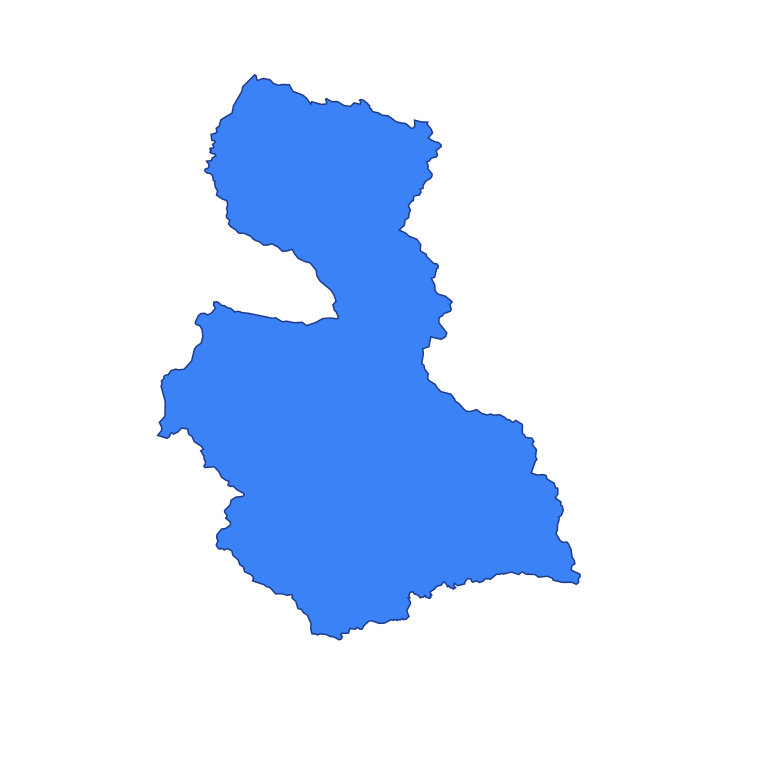 Betong, Yala, Thailand (Natural Earth projection), rotated 293°
{"feature_id": "78962969B29440700427684", "entity_name": "Betong", "entity_type": "district", "adm_level": 2, "iso_a3": "THA", "parent_name": "Thailand", "parent_adm1": "Yala", "projection": "natural_earth1", "projection_center": [101.211, 5.836], "detail": "fine", "context": "isolated", "style": "filled", "palette": "blue", "viewbox_px": 768, "rotation_deg": 293, "n_neighbors": 0, "source": "geoboundaries", "source_scale": "gbopen_adm2", "svg_char_len": 6171}
<svg xmlns="http://www.w3.org/2000/svg" viewBox="0 0 768 768"><g transform="rotate(293 384 384)"><path d="M618.1,144.1L602.2,137.8L597.9,138.8L581.3,136.7L574.1,138.3L563.5,130.6L556.8,131.5L553.8,129.6L550.7,131.7L548.4,130.3L546.3,127.3L541.2,130.1L541.5,133.4L540.8,134.2L537.5,132.5L535.7,134.8L534.8,134.7L532.9,131.7L531.8,132.2L531.4,133.8L529.4,133.1L528.8,134.7L529.5,138.5L528.4,140.1L524.8,137.5L522.0,137.8L519.8,133.6L517.8,136.9L515.5,138.0L513.9,137.6L511.9,135.4L510.1,135.7L509.0,138.9L510.0,142.2L508.5,144.9L504.6,147.4L504.7,149.4L503.1,149.4L499.3,151.8L496.6,155.4L492.4,156.0L491.1,162.9L491.4,168.0L487.2,170.2L484.2,170.4L480.9,172.9L477.1,173.1L475.2,175.0L474.6,178.0L470.7,178.3L469.0,180.9L467.9,187.5L466.1,191.3L468.1,196.6L467.8,203.9L466.0,207.6L466.2,213.5L464.9,218.9L466.1,222.0L469.2,226.0L468.7,232.9L466.5,238.5L468.1,242.0L472.1,247.0L468.8,250.9L466.1,256.2L465.8,263.3L466.6,268.7L462.2,277.0L457.2,280.2L453.9,284.6L449.8,298.1L446.8,302.7L441.6,307.5L436.9,306.0L432.7,309.3L431.5,312.0L427.5,316.1L425.6,315.2L424.1,309.6L420.3,302.1L413.7,296.9L407.5,289.8L408.8,284.7L405.4,277.5L403.6,269.3L401.5,266.4L402.6,258.2L401.1,256.4L396.1,231.5L394.1,225.1L394.3,223.6L393.6,220.6L392.0,218.7L393.7,213.7L393.1,209.7L393.8,206.6L392.9,203.7L394.3,200.0L394.3,197.8L393.0,195.5L389.8,196.3L387.9,199.2L381.3,197.2L378.8,194.8L379.0,191.3L377.3,187.9L374.3,186.4L367.8,186.2L366.2,186.5L365.4,188.0L365.6,191.9L362.8,195.4L356.6,198.8L350.2,199.7L345.4,196.7L341.9,195.9L330.1,197.9L319.4,194.2L316.5,188.8L316.4,186.6L313.0,182.6L308.4,181.8L306.3,179.0L304.7,178.5L303.2,179.4L300.0,177.9L297.1,179.6L295.0,179.6L282.3,189.5L268.7,195.0L260.9,192.2L257.2,196.3L254.1,197.4L248.3,195.7L249.2,205.4L251.4,206.9L255.4,207.0L256.3,208.0L255.6,209.9L259.5,213.1L264.5,215.0L265.8,220.7L261.5,223.9L260.6,228.0L256.7,231.9L255.3,240.3L253.3,243.3L250.9,241.3L247.2,246.5L244.5,247.8L243.2,249.7L240.2,251.0L238.5,250.2L237.0,251.4L241.5,260.1L238.6,266.4L234.7,271.0L233.6,276.1L233.9,279.2L229.8,280.0L229.6,282.4L231.0,285.3L229.2,290.0L228.5,297.1L227.0,298.8L225.4,298.0L222.1,292.0L217.2,288.6L212.5,289.6L205.4,286.7L203.8,287.3L201.6,291.0L198.6,290.7L196.9,296.5L194.3,297.7L189.1,294.7L187.1,291.2L180.1,289.1L177.3,290.0L174.5,292.5L170.2,292.5L167.9,295.6L167.9,297.5L169.2,298.5L168.9,302.0L171.3,304.0L171.1,309.0L167.3,311.8L165.1,318.5L161.1,322.1L160.8,325.7L156.7,329.2L156.5,336.1L155.4,338.6L154.3,339.8L151.4,339.9L152.4,351.6L151.6,354.8L152.0,358.8L148.5,366.2L151.2,372.5L151.6,377.1L154.2,381.4L153.4,382.5L151.2,382.8L149.3,387.9L143.7,392.5L144.2,396.1L142.1,399.1L141.4,403.6L135.0,410.4L129.6,412.4L125.9,415.4L127.2,418.9L126.9,420.6L129.0,423.0L130.8,428.6L130.6,433.0L131.6,436.8L131.0,442.5L132.1,444.1L133.6,444.4L135.4,444.1L136.2,442.0L137.9,442.6L140.9,448.7L145.3,448.0L147.4,453.7L149.4,454.3L148.9,457.8L149.9,459.7L153.6,460.0L159.8,462.7L161.2,465.0L161.8,473.1L164.1,477.9L169.7,482.5L170.1,484.9L171.6,486.2L171.4,488.6L172.5,488.7L173.1,491.1L175.2,492.3L174.6,493.8L176.3,496.4L179.7,497.8L184.3,493.5L192.0,494.2L193.8,493.3L196.4,489.8L197.2,491.4L199.2,489.3L202.4,489.5L204.1,491.7L202.6,493.8L203.0,497.6L201.4,500.8L203.3,503.6L205.5,504.3L204.1,505.9L204.5,509.7L206.2,510.5L206.8,509.3L208.3,510.5L210.4,507.6L215.3,510.8L218.3,511.6L221.3,515.3L224.5,516.1L225.2,517.1L224.6,518.8L222.2,521.7L223.4,522.4L222.3,524.7L223.0,526.7L222.2,527.9L224.5,529.5L225.9,526.8L228.1,526.7L227.2,530.7L231.4,536.3L233.8,535.9L237.5,536.9L238.5,540.6L236.8,541.5L236.3,543.1L238.8,546.2L238.6,549.5L241.1,552.2L244.5,553.4L245.9,558.3L253.0,562.0L253.9,564.7L255.4,566.0L255.7,568.3L260.6,574.6L261.3,582.4L265.0,584.5L264.5,589.3L267.6,597.3L266.6,601.7L271.0,609.8L271.0,614.9L269.7,616.1L269.8,618.3L271.2,626.0L274.9,634.5L274.7,639.2L277.4,640.7L280.7,639.0L283.2,639.8L285.5,638.7L285.9,629.1L290.3,627.9L293.1,630.0L295.8,628.2L298.0,624.9L305.1,620.5L309.2,615.8L310.0,614.0L308.2,610.8L308.5,607.7L313.7,600.5L316.9,600.8L321.7,598.9L327.9,598.1L329.6,596.9L332.5,598.6L337.6,598.4L341.2,596.0L341.7,593.9L344.6,592.9L346.1,586.2L350.8,587.0L355.9,584.7L355.6,582.4L359.2,579.3L360.2,571.4L363.1,568.8L362.7,565.7L360.2,561.1L359.6,554.3L372.5,553.5L374.2,554.3L376.4,551.9L383.2,549.9L385.5,545.4L387.4,543.7L389.6,544.5L391.9,541.3L390.1,535.1L392.0,533.1L392.7,530.6L400.2,527.5L401.0,526.4L402.0,519.5L399.1,517.8L400.0,512.8L399.3,510.5L400.4,508.6L401.0,502.8L398.1,496.9L398.0,493.7L395.8,491.3L395.1,485.3L396.6,479.2L392.6,474.4L391.2,471.1L391.5,468.7L395.4,460.3L396.1,456.1L397.7,455.0L400.8,449.6L399.2,439.4L401.2,434.4L403.6,431.4L404.8,424.0L406.2,422.0L410.8,420.6L413.7,415.5L416.8,413.5L417.6,410.7L427.0,408.5L431.6,405.9L435.9,410.8L445.6,408.7L447.5,419.2L451.6,422.2L455.5,421.9L461.8,410.6L465.3,409.2L467.9,409.3L469.2,410.9L472.4,411.7L476.7,416.5L478.8,416.8L482.9,413.7L486.3,414.6L488.8,406.3L487.8,398.3L490.0,394.5L494.9,392.1L499.7,386.3L502.1,388.9L510.6,387.4L511.8,388.4L514.2,387.6L515.3,385.4L514.3,382.6L518.1,373.2L519.9,372.4L520.6,366.2L521.7,364.9L526.6,363.4L530.1,357.6L529.8,349.3L531.2,345.7L531.7,337.7L537.9,340.7L543.3,339.4L546.8,341.7L551.3,340.2L554.1,340.5L557.7,336.7L562.8,337.9L564.2,339.4L568.0,338.1L569.3,338.7L571.6,342.6L575.0,343.2L577.6,341.2L579.4,343.5L581.9,342.4L587.2,343.3L591.7,346.6L593.8,346.9L596.1,346.3L599.3,340.2L602.4,339.3L605.0,336.4L607.0,338.5L610.3,339.3L613.7,343.6L615.8,343.6L619.1,340.8L625.0,343.9L626.6,342.9L627.5,339.3L626.8,336.3L627.6,328.6L634.1,330.6L636.7,328.2L640.0,322.2L642.1,322.0L639.8,315.8L638.8,309.0L633.6,311.6L631.2,311.0L630.0,309.2L632.2,302.7L630.1,293.1L632.5,282.9L630.7,277.3L631.4,273.1L630.2,266.9L632.0,265.0L632.6,262.8L634.3,262.2L635.9,258.9L637.2,254.5L636.8,251.5L635.9,250.6L634.2,252.4L632.2,252.8L631.1,246.6L626.3,244.7L624.7,238.1L625.8,230.9L623.5,226.1L624.2,219.4L623.4,219.0L620.6,221.3L619.1,221.4L616.8,216.8L615.6,207.2L613.0,207.4L616.8,200.9L618.2,196.5L617.8,185.9L622.5,179.8L619.7,172.8L617.8,170.6L617.4,164.9L619.5,160.2L618.2,153.7L614.3,149.3L614.3,148.2L617.7,145.9L618.1,144.1Z" fill="#3b82f6" stroke="#1e3a8a" stroke-width="1.5"/></g></svg>